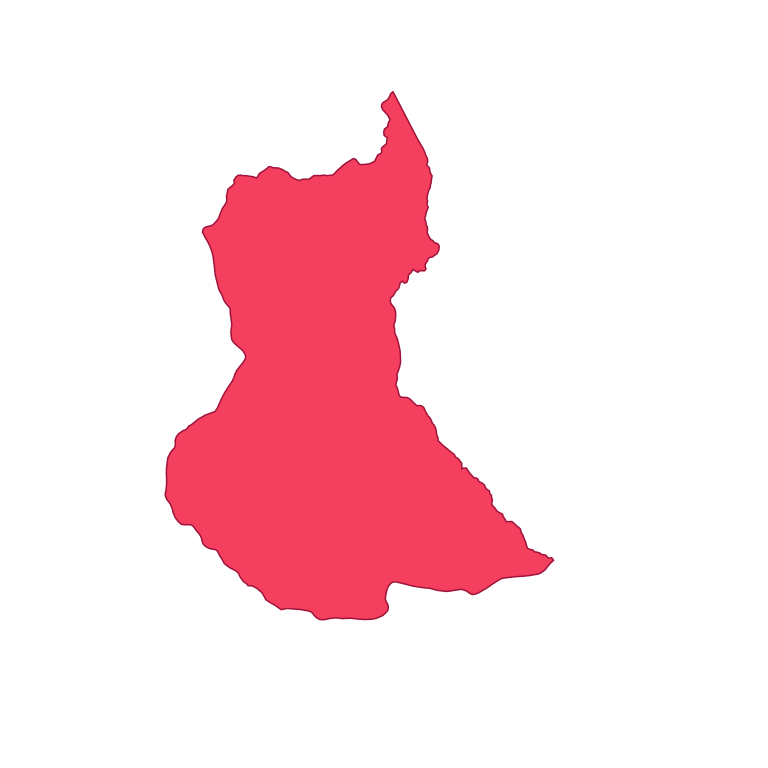 the district of Carlinda, Mato Grosso, Brazil, rotated 125°
{"feature_id": "56859067B90935717597858", "entity_name": "Carlinda", "entity_type": "district", "adm_level": 2, "iso_a3": "BRA", "parent_name": "Brazil", "parent_adm1": "Mato Grosso", "projection": "albers", "projection_center": [-55.88, -10.063], "detail": "fine", "context": "isolated", "style": "filled", "palette": "rose", "viewbox_px": 768, "rotation_deg": 125, "n_neighbors": 0, "source": "geoboundaries", "source_scale": "gbopen_adm2", "svg_char_len": 5763}
<svg xmlns="http://www.w3.org/2000/svg" viewBox="0 0 768 768"><g transform="rotate(125 384 384)"><path d="M265.9,583.8L266.4,587.0L266.7,590.7L267.5,594.1L270.5,599.0L271.1,601.7L272.5,603.2L274.7,603.6L276.9,604.3L279.6,605.4L283.1,606.9L285.8,606.5L288.4,606.6L289.2,609.9L290.8,613.1L292.3,616.3L294.1,618.8L295.2,621.4L296.9,623.3L299.3,624.0L303.0,623.9L305.6,621.6L309.0,622.1L311.6,623.0L314.2,623.5L317.0,622.2L320.5,620.8L322.2,619.2L324.1,617.9L326.6,617.2L332.8,617.1L338.6,615.8L341.9,614.9L344.2,614.5L347.9,614.8L351.8,615.5L353.7,616.6L356.2,618.9L358.6,620.6L361.0,621.0L363.8,619.8L364.9,617.4L366.4,614.9L368.2,610.8L371.0,605.6L374.3,600.9L377.5,597.2L383.0,592.2L388.2,587.6L391.3,584.9L393.8,582.1L398.0,577.3L401.1,573.6L402.7,570.8L403.8,568.2L405.5,565.7L406.8,563.9L408.6,560.0L409.4,556.8L410.3,553.6L412.5,551.7L414.9,550.0L417.9,547.0L421.4,543.9L423.5,542.2L426.4,540.8L429.7,538.9L432.6,536.4L435.0,534.1L436.1,531.3L436.7,527.8L437.1,524.0L437.6,519.4L438.8,516.1L440.3,513.4L442.9,512.0L445.9,511.9L448.5,511.9L451.3,512.1L457.4,512.4L461.7,511.7L464.5,510.8L468.3,510.0L474.8,509.9L483.1,509.5L489.6,508.6L494.1,507.7L499.9,506.6L503.5,506.7L506.4,508.7L510.5,511.5L512.2,512.7L515.2,514.0L518.7,515.8L528.0,518.5L530.4,519.8L534.7,519.9L537.7,522.0L542.8,523.8L546.5,523.8L550.1,522.7L552.2,520.9L554.5,519.5L556.6,519.0L559.4,519.5L562.9,519.6L568.6,518.7L572.2,516.8L577.2,514.2L582.5,510.7L586.6,507.5L590.3,504.9L594.1,502.7L597.8,500.9L600.1,499.9L602.2,497.4L603.4,494.8L604.7,490.7L607.5,486.1L610.5,482.7L613.3,478.1L614.6,474.0L615.2,469.8L613.9,466.9L611.8,464.1L610.0,461.2L610.0,458.5L611.2,455.2L612.0,452.8L612.6,449.7L613.8,447.1L615.3,444.6L617.4,442.5L618.9,440.0L619.4,437.5L619.2,434.1L618.2,430.8L616.4,427.5L616.4,424.9L617.5,422.5L618.8,420.3L619.9,417.5L622.6,411.8L622.9,408.8L622.9,404.7L622.0,398.0L622.5,394.7L624.6,391.1L626.4,386.3L626.4,381.8L627.2,379.8L624.9,375.9L624.3,370.7L625.0,364.1L626.8,360.2L628.5,357.0L628.3,351.0L627.8,347.2L627.8,338.7L623.7,334.9L621.4,331.2L616.5,322.8L613.1,315.4L612.5,312.9L612.8,310.7L613.6,308.7L614.2,305.1L613.9,302.0L612.6,299.5L611.1,297.5L606.6,293.4L603.6,289.8L601.7,286.9L600.4,284.1L595.1,277.1L591.7,270.9L587.7,264.3L585.6,261.6L583.3,258.7L580.5,256.0L574.4,252.2L570.6,251.3L567.6,251.0L565.0,252.0L563.3,253.4L561.8,255.5L561.0,257.4L559.0,259.9L555.3,261.7L551.2,263.5L547.3,264.4L544.5,264.2L542.4,263.8L540.1,262.1L538.9,259.9L537.1,255.4L534.5,248.5L533.1,244.6L530.2,238.8L527.9,234.2L525.4,229.9L524.2,227.0L523.4,224.4L522.1,221.3L518.1,213.9L515.8,211.2L510.1,205.4L507.7,202.7L506.9,200.0L506.2,197.4L506.4,194.1L505.8,190.9L504.0,188.9L502.3,187.7L500.2,186.4L496.8,184.9L493.0,183.1L489.9,181.9L485.6,180.4L479.1,177.7L476.2,176.3L474.1,174.4L470.6,170.5L466.2,165.5L461.6,159.7L457.3,154.8L455.4,152.9L451.0,148.4L447.6,146.7L444.0,145.5L436.3,145.0L431.1,144.0L430.1,147.1L432.4,149.4L431.4,153.1L432.3,155.3L433.3,157.4L433.1,159.8L434.3,162.9L435.3,164.8L434.5,166.8L435.6,169.1L436.3,172.3L434.5,174.7L432.2,177.4L430.3,180.5L428.3,183.3L427.1,186.1L424.4,189.4L424.1,193.5L423.7,196.7L423.3,200.3L425.1,202.8L426.7,205.2L425.4,207.1L424.1,210.5L422.6,212.4L423.1,215.5L423.3,218.6L422.2,221.3L421.5,224.3L420.8,226.8L418.8,227.8L416.6,228.8L415.5,230.6L413.6,232.0L413.0,234.5L411.1,236.5L411.3,238.9L410.7,241.5L409.2,243.6L408.9,246.9L409.4,250.5L408.1,252.2L408.1,254.5L409.3,256.9L408.6,259.0L408.2,261.6L407.0,264.9L405.6,268.3L407.2,270.5L408.9,271.6L406.4,273.3L404.3,275.0L403.5,277.4L402.6,280.2L402.8,283.9L401.4,285.8L401.3,288.8L401.1,292.4L400.7,296.7L400.6,300.1L399.8,304.1L399.4,307.2L397.3,308.6L395.2,311.9L392.3,314.4L390.3,316.8L389.1,318.9L388.4,321.8L386.8,324.2L385.4,326.7L384.9,329.7L383.9,331.7L382.6,334.5L380.4,338.0L380.4,340.8L381.4,342.9L382.9,344.6L382.5,347.9L382.0,350.8L381.4,353.8L381.8,357.3L384.9,362.2L384.9,364.5L383.2,366.7L380.5,369.7L377.5,374.2L373.3,375.5L371.5,376.5L368.8,378.8L360.7,381.1L356.7,382.9L354.5,384.5L348.6,389.0L346.5,391.0L342.8,395.0L339.4,399.0L338.2,400.8L336.8,403.3L335.1,405.3L333.3,406.4L330.7,409.3L328.3,410.3L326.2,410.8L319.9,414.5L317.5,416.8L315.8,419.0L314.3,424.0L313.0,426.0L309.8,427.9L306.8,427.2L304.1,427.2L301.4,427.6L297.6,426.8L294.5,427.6L292.0,428.8L289.3,427.7L289.6,424.9L287.5,423.7L284.4,424.4L280.3,426.6L277.7,425.7L273.7,425.9L273.1,420.3L270.7,419.8L269.4,417.7L267.9,415.6L265.6,415.6L264.5,417.3L262.2,418.9L258.3,418.9L256.1,419.7L253.8,418.9L252.2,417.2L246.5,415.3L242.6,416.0L239.9,417.5L238.5,419.2L238.5,421.6L239.3,424.2L238.5,426.2L238.8,428.7L237.6,431.4L235.2,435.5L232.7,436.8L230.6,438.5L229.3,440.9L227.6,442.2L226.1,444.2L224.5,446.0L222.4,446.3L220.1,447.5L217.0,448.4L213.9,449.1L212.3,451.8L209.5,453.0L207.4,455.2L204.8,456.5L201.3,457.9L198.5,458.6L196.4,458.9L194.6,460.0L191.9,460.9L188.4,462.9L186.0,463.9L185.0,466.1L183.5,468.5L181.1,470.4L180.0,474.7L176.6,475.8L174.3,477.9L172.8,480.7L171.0,483.2L169.7,485.3L168.2,488.0L166.7,491.5L165.4,494.0L164.7,495.9L162.1,500.9L141.2,540.8L139.5,544.2L141.9,545.0L144.0,544.7L146.6,544.1L149.1,544.2L151.0,544.9L153.9,546.2L156.1,546.2L158.1,545.3L160.0,542.6L161.7,535.0L162.7,533.2L163.9,530.8L168.1,530.1L171.0,528.7L174.9,529.8L177.6,528.8L180.4,526.4L180.4,522.6L183.3,521.2L186.0,519.8L190.6,521.2L193.0,521.1L194.5,519.3L196.8,518.7L199.8,520.5L206.9,519.4L211.9,522.1L215.0,525.5L218.0,529.4L217.5,532.1L216.2,536.1L216.9,538.4L223.9,541.5L228.6,543.1L232.1,543.8L235.3,544.7L238.6,545.1L241.6,545.6L243.3,547.0L246.2,550.5L247.4,553.1L250.3,556.2L251.3,558.0L253.7,561.1L257.8,562.4L259.9,563.6L261.6,566.5L263.4,568.5L265.2,569.5L266.5,571.6L267.0,574.4L267.5,577.5L267.2,580.2L265.9,583.8Z" fill="#f43f5e" stroke="#9f1239" stroke-width="1.5"/></g></svg>